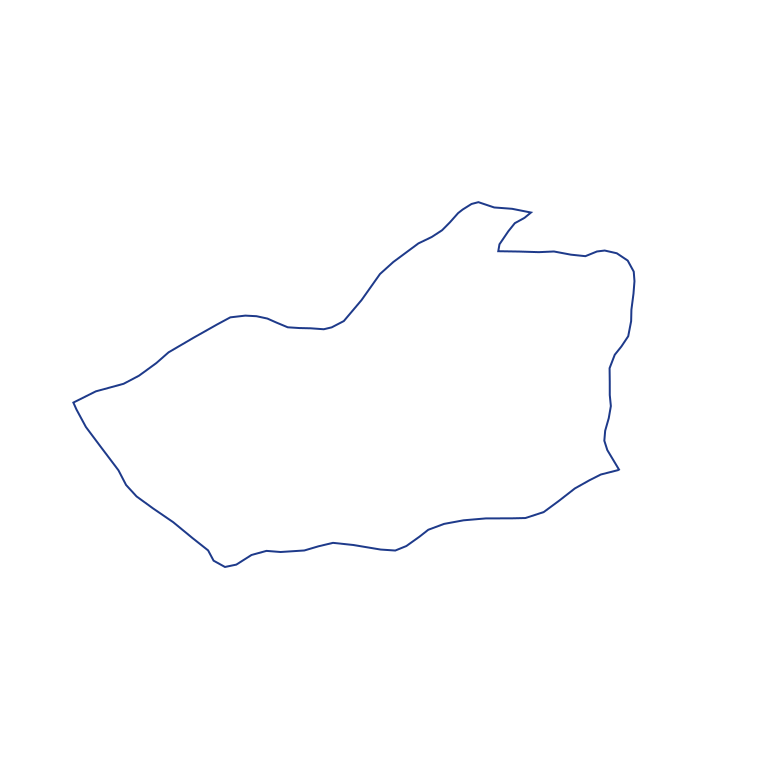 Ogoouè-Lètili, Haut-Ogooué, Gabon (Albers equal-area conic projection), rotated 36°
{"feature_id": "22940354B99015789882932", "entity_name": "Ogoouè-Lètili", "entity_type": "district", "adm_level": 2, "iso_a3": "GAB", "parent_name": "Gabon", "parent_adm1": "Haut-Ogooué", "projection": "albers", "projection_center": [13.529, -2.199], "detail": "fine", "context": "isolated", "style": "outline", "palette": "blue", "viewbox_px": 768, "rotation_deg": 36, "n_neighbors": 0, "source": "geoboundaries", "source_scale": "gbopen_adm2", "svg_char_len": 1425}
<svg xmlns="http://www.w3.org/2000/svg" viewBox="0 0 768 768"><g transform="rotate(36 384 384)"><path d="M143.6,581.6L150.2,585.4L168.1,594.0L190.7,601.0L219.9,609.9L234.7,617.3L249.9,620.4L270.2,620.4L294.7,619.7L319.6,621.2L339.5,622.0L350.0,627.1L362.9,625.5L370.7,616.9L377.3,600.2L387.0,588.1L399.1,580.7L417.4,565.5L426.4,553.8L436.1,542.5L453.6,532.4L470.0,524.2L478.6,519.9L491.0,512.1L497.3,502.0L502.4,486.8L505.5,475.9L514.8,461.9L528.5,447.5L545.6,432.7L565.5,418.2L577.2,409.3L588.5,393.7L594.3,375.4L599.8,356.3L606.8,341.1L612.6,329.8L623.9,316.2L624.4,315.1L603.5,306.2L595.6,300.4L590.4,291.8L585.9,279.5L580.5,268.5L573.2,260.3L565.4,249.6L557.2,238.6L553.5,224.7L554.0,214.1L553.5,201.8L547.0,187.9L540.5,178.5L532.7,164.2L526.2,153.6L520.0,146.3L508.6,140.9L495.5,141.4L484.1,146.3L478.4,151.6L471.8,162.2L459.2,169.5L443.6,176.9L431.8,186.3L415.2,197.6L398.4,209.4L395.3,203.1L394.8,187.4L395.3,177.0L400.0,167.0L402.1,158.9L384.6,167.0L376.5,172.0L369.4,176.4L360.8,179.1L353.5,181.4L349.0,186.9L345.1,196.6L343.5,202.2L342.3,214.5L340.6,225.5L336.2,237.0L329.2,250.0L324.3,265.6L319.8,279.9L316.1,297.4L316.5,329.3L314.5,356.7L308.4,368.9L303.1,375.1L292.0,382.0L282.6,388.5L272.8,394.7L261.0,397.5L251.2,399.6L241.0,404.1L231.6,410.2L220.5,420.4L214.0,433.9L202.6,458.8L191.1,485.0L187.5,500.9L180.9,521.3L173.2,536.9L155.2,559.3L143.6,581.6Z" fill="none" stroke="#1e3a8a" stroke-width="2"/></g></svg>